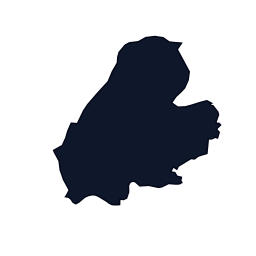 Unchon, Hwanghae-namdo, North Korea (Robinson projection), rotated 151°
{"feature_id": "82179303B30475034164158", "entity_name": "Unchon", "entity_type": "district", "adm_level": 2, "iso_a3": "PRK", "parent_name": "North Korea", "parent_adm1": "Hwanghae-namdo", "projection": "robinson", "projection_center": [125.456, 38.592], "detail": "fine", "context": "isolated", "style": "filled", "palette": "ink", "viewbox_px": 256, "rotation_deg": 151, "n_neighbors": 0, "source": "geoboundaries", "source_scale": "gbopen_adm2", "svg_char_len": 1418}
<svg xmlns="http://www.w3.org/2000/svg" viewBox="0 0 256 256"><g transform="rotate(151 128 128)"><path d="M203.8,144.5L204.1,142.8L204.2,132.6L207.6,124.2L209.4,114.0L209.4,107.2L209.5,102.1L214.6,98.8L215.9,98.2L213.4,96.2L212.4,93.5L212.3,93.3L212.1,89.8L210.4,87.1L209.6,87.1L206.5,87.1L199.6,88.5L195.5,88.2L191.6,87.0L188.7,85.0L186.8,82.4L182.1,74.2L180.9,71.4L179.1,68.8L176.2,66.9L172.5,65.1L171.0,67.6L170.0,69.1L169.6,69.7L166.5,67.6L163.2,67.4L158.6,71.6L155.4,77.6L152.5,79.5L149.6,79.2L147.7,77.5L145.7,71.7L137.6,67.8L130.1,61.3L127.1,60.2L119.4,59.8L113.0,55.6L110.0,54.2L107.4,54.2L107.5,56.3L105.2,59.0L108.6,62.1L108.7,66.3L112.1,69.0L107.2,72.1L105.3,68.3L102.6,70.2L87.7,70.8L84.8,68.7L80.1,69.4L71.3,67.5L63.0,79.6L60.3,78.0L56.1,77.6L54.5,75.9L50.3,80.1L51.1,83.4L50.5,84.4L45.6,85.8L46.2,88.0L48.3,89.0L48.1,90.7L42.4,95.7L41.7,98.5L42.9,106.2L44.7,108.0L44.8,109.4L43.0,109.2L45.8,113.6L52.5,115.3L60.9,117.0L67.7,118.7L74.4,122.1L77.7,128.9L70.9,132.3L64.1,134.0L59.1,135.6L52.3,140.7L47.2,147.5L47.1,154.3L47.0,159.3L46.9,169.5L46.9,172.9L40.1,176.3L45.2,179.7L50.2,183.1L51.9,186.5L53.5,189.9L60.2,195.0L68.6,198.4L77.1,198.4L85.5,201.8L90.5,201.8L99.0,198.5L102.4,195.1L105.8,190.0L114.3,184.9L122.8,178.2L127.9,176.5L138.0,173.1L151.6,168.1L158.3,164.7L170.2,156.3L175.3,159.7L182.0,154.6L187.1,149.5L193.9,144.5L203.8,144.5Z" fill="#0f172a" stroke="#020617" stroke-width="1.5"/></g></svg>